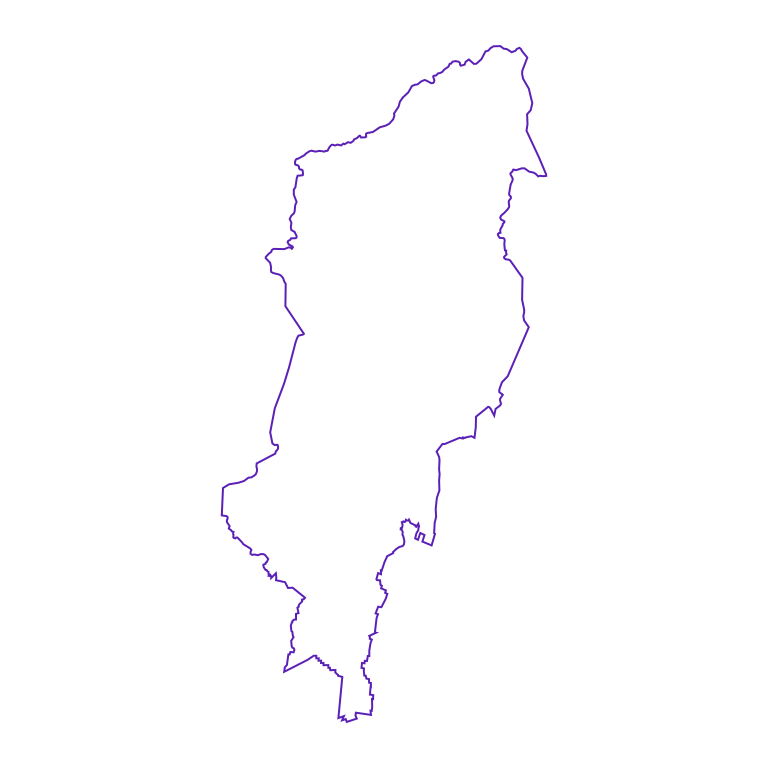 Zacapoaxtla, Puebla, Mexico (Albers equal-area conic projection)
{"feature_id": "50627088B50649641407498", "entity_name": "Zacapoaxtla", "entity_type": "district", "adm_level": 2, "iso_a3": "MEX", "parent_name": "Mexico", "parent_adm1": "Puebla", "projection": "albers", "projection_center": [-97.59, 19.841], "detail": "fine", "context": "isolated", "style": "outline", "palette": "violet", "viewbox_px": 768, "rotation_deg": 0, "n_neighbors": 0, "source": "geoboundaries", "source_scale": "gbopen_adm2", "svg_char_len": 6073}
<svg xmlns="http://www.w3.org/2000/svg" viewBox="0 0 768 768"><path d="M421.1,81.5L417.5,84.4L414.7,84.8L411.9,86.1L408.3,92.4L403.0,97.3L399.9,101.7L398.6,106.6L394.0,113.6L394.4,115.6L393.2,119.3L389.2,123.8L385.2,125.8L379.8,127.3L372.9,132.0L367.0,133.1L366.2,133.6L366.0,134.5L366.2,136.7L365.3,137.3L361.0,137.5L360.1,135.8L359.4,135.7L357.1,138.0L354.1,139.4L353.4,140.9L350.7,142.8L348.0,142.2L344.6,144.2L343.5,143.6L342.9,144.0L341.2,145.4L337.3,144.6L335.1,145.5L332.6,144.7L331.5,144.9L329.6,146.9L327.5,150.8L325.6,150.9L324.5,151.6L319.7,150.9L315.3,151.6L311.5,150.7L309.2,151.4L305.6,153.8L304.7,155.0L298.1,158.7L296.6,158.9L295.8,159.7L295.0,161.8L295.1,164.1L295.5,164.7L297.9,165.4L298.9,166.5L299.1,168.2L299.8,169.4L301.4,169.6L302.6,170.3L303.0,173.5L302.8,175.1L302.4,175.3L297.6,175.7L296.7,178.5L295.4,187.3L293.8,189.6L293.8,194.7L296.6,201.9L295.2,205.3L294.6,211.6L293.8,213.5L291.4,215.6L289.7,219.0L291.4,222.8L290.8,227.1L291.3,230.0L294.6,231.9L296.6,236.0L296.5,237.6L295.7,238.2L291.0,238.4L290.2,239.9L288.2,240.9L287.6,242.1L288.8,244.5L292.5,246.4L292.9,247.4L291.8,248.8L290.6,247.7L288.8,247.3L284.4,249.1L273.6,248.9L271.8,250.1L271.2,251.9L269.0,253.5L265.8,256.9L265.7,258.2L270.1,262.7L271.1,267.2L270.9,270.1L271.3,272.0L273.1,273.0L279.3,274.6L281.0,275.6L283.1,278.1L284.3,281.6L285.7,283.8L285.4,306.2L303.9,333.8L302.7,334.7L298.5,335.6L297.2,337.8L295.6,342.2L289.0,367.6L284.0,383.8L274.8,408.3L270.2,432.3L272.4,443.4L274.6,445.0L277.4,444.8L278.1,446.4L278.0,448.6L277.0,450.3L275.8,451.3L275.3,453.6L256.7,463.4L256.4,466.3L257.0,469.0L256.9,471.7L255.6,474.5L253.4,476.2L251.2,477.4L248.4,477.7L244.0,481.0L238.2,482.8L229.1,484.3L223.0,488.0L221.8,515.4L226.5,516.1L227.5,516.9L227.6,518.7L226.9,520.1L226.9,522.0L229.6,526.2L228.8,528.6L231.0,530.1L231.9,531.4L233.5,531.9L233.1,534.0L233.5,535.0L233.3,537.3L234.1,538.1L235.3,538.4L236.2,537.5L237.5,537.6L242.3,542.6L243.2,544.1L250.3,548.5L251.4,550.0L250.5,552.1L250.6,553.9L252.1,554.9L254.3,554.5L257.8,555.2L260.8,554.1L263.3,554.1L265.0,554.9L268.2,558.9L266.9,562.0L265.8,562.6L265.6,563.8L263.4,564.7L263.4,565.9L263.8,567.3L265.5,569.9L266.6,570.0L267.2,571.1L268.5,571.9L268.6,574.5L270.1,574.6L270.3,575.0L269.2,575.9L271.2,576.3L271.2,578.0L275.9,573.3L276.3,577.3L276.0,580.2L285.1,582.2L288.0,588.0L292.6,587.7L305.0,597.7L303.7,599.3L302.0,599.6L302.1,601.4L299.4,604.2L298.7,605.4L298.7,606.8L297.4,607.7L298.5,613.1L296.0,613.9L296.0,619.5L294.2,619.6L292.5,620.9L292.3,622.3L291.9,622.4L290.8,625.7L291.4,631.0L292.3,631.7L292.9,636.0L293.6,637.1L291.2,640.8L291.6,645.6L292.3,647.6L293.9,648.4L294.4,649.9L293.6,652.3L290.4,652.0L289.6,654.5L288.4,654.4L286.9,665.0L284.8,667.3L284.2,671.8L307.5,659.9L313.8,655.7L316.3,655.8L316.3,658.3L318.7,658.3L318.5,660.7L321.1,660.6L321.0,663.0L323.5,662.9L323.5,665.2L328.3,665.1L328.4,667.8L329.9,667.8L330.3,670.2L335.4,670.0L335.3,672.5L338.0,674.9L338.1,675.8L342.3,676.9L338.4,718.1L343.9,716.1L342.1,720.3L345.7,719.1L346.8,721.9L356.8,718.6L355.5,715.7L355.9,712.7L371.0,714.9L370.5,710.7L371.7,710.9L372.2,707.0L372.0,698.9L373.1,699.1L373.2,695.1L369.9,694.6L370.6,686.8L370.9,686.9L370.9,683.0L369.1,682.7L369.0,679.1L366.4,678.6L365.7,675.7L364.3,675.6L363.8,670.9L364.0,668.4L361.5,667.9L362.0,662.9L364.5,663.3L364.8,660.8L367.0,661.0L367.8,656.0L369.3,656.0L369.3,650.6L370.5,643.2L371.8,639.6L369.8,638.8L369.9,637.2L369.2,635.9L376.1,632.7L374.9,632.4L376.6,617.9L378.0,614.2L375.6,613.4L378.2,606.7L381.4,607.2L385.8,598.6L387.3,593.8L385.1,592.8L385.9,590.4L381.1,588.3L381.9,585.8L380.4,584.7L380.1,580.4L377.0,580.1L376.4,579.2L378.1,573.1L381.0,574.2L380.9,570.4L381.7,570.7L384.4,562.4L387.2,556.2L393.2,553.1L393.1,552.0L396.4,548.9L399.3,547.0L402.7,546.0L403.9,544.5L404.4,541.3L403.3,536.2L402.5,535.0L402.7,531.9L401.8,529.9L401.3,529.7L401.3,529.2L400.7,529.2L400.8,528.1L402.1,527.8L402.6,524.7L401.8,522.2L403.4,521.4L404.1,522.0L405.3,521.7L405.9,519.8L406.6,520.4L408.5,520.6L409.0,519.7L410.5,523.0L415.5,525.4L415.6,526.5L416.4,526.8L418.3,523.7L419.1,526.5L418.4,528.1L418.4,529.9L416.4,533.4L415.2,538.4L418.0,539.8L420.3,533.0L424.5,535.0L422.4,541.6L431.6,545.4L435.0,533.8L434.1,533.1L434.7,522.8L436.1,516.9L435.7,509.1L436.3,503.0L436.9,497.8L439.4,490.4L439.1,480.6L439.6,474.0L439.1,469.6L439.5,460.3L439.2,457.2L436.6,451.6L442.5,443.9L444.5,444.1L459.6,437.8L462.8,438.5L462.9,437.5L465.0,438.0L465.4,437.5L471.4,436.2L474.5,437.8L475.8,427.0L476.0,416.7L488.2,406.8L489.3,407.2L490.7,408.8L494.2,415.6L495.6,408.9L500.2,405.4L501.0,403.8L500.0,400.1L500.1,398.8L502.8,394.8L499.4,392.2L499.2,390.4L499.9,387.8L502.0,382.2L507.7,376.3L528.8,327.2L524.1,320.4L523.3,316.0L524.1,312.8L524.2,309.8L522.1,299.8L522.5,277.8L510.2,260.5L509.0,259.8L505.5,259.2L504.2,258.1L504.1,256.8L506.6,254.4L506.0,252.0L506.2,250.6L505.0,250.4L504.7,248.6L504.3,244.0L504.7,240.3L504.4,239.1L503.7,238.2L499.6,237.8L497.9,235.0L498.0,233.9L499.0,233.0L500.4,232.9L500.2,230.3L500.6,228.9L502.6,225.4L502.8,223.9L504.4,222.2L504.3,221.2L501.1,219.6L500.2,217.7L501.1,215.6L504.4,212.8L508.0,208.9L509.0,207.2L509.2,205.9L508.7,202.2L509.0,200.6L510.8,198.4L510.9,196.8L509.2,194.8L509.2,193.0L510.6,184.8L512.6,180.2L512.7,178.5L510.4,174.2L510.6,173.1L512.5,171.4L513.0,169.8L513.6,169.5L515.8,170.2L522.0,168.3L524.5,168.3L529.1,171.6L533.8,172.7L535.6,173.8L538.3,176.4L539.9,175.8L543.4,176.2L546.2,175.9L546.2,174.6L539.2,157.9L526.5,130.7L527.5,124.3L527.1,114.2L530.7,110.2L532.3,103.1L528.8,88.6L523.1,78.8L522.1,74.0L522.3,70.7L527.3,57.6L521.7,50.7L521.1,49.2L519.4,47.8L516.8,49.0L515.4,50.8L511.7,52.2L506.8,49.1L503.6,48.6L500.3,46.1L493.5,46.3L490.4,48.2L488.2,50.7L485.5,51.4L481.4,59.2L476.4,63.7L473.9,63.9L468.9,59.5L465.6,61.8L464.7,64.6L460.9,65.7L460.1,64.8L459.9,62.9L458.8,61.8L455.7,61.1L452.5,61.7L451.1,63.6L449.7,63.8L448.4,66.7L444.3,69.5L442.2,72.0L439.9,73.1L438.2,73.3L435.8,75.6L434.0,75.7L433.3,76.2L433.2,76.9L434.4,80.3L434.0,82.0L433.1,83.0L431.3,83.2L426.0,80.4L424.5,80.0L421.1,81.5Z" fill="none" stroke="#5b21b6" stroke-width="2"/></svg>